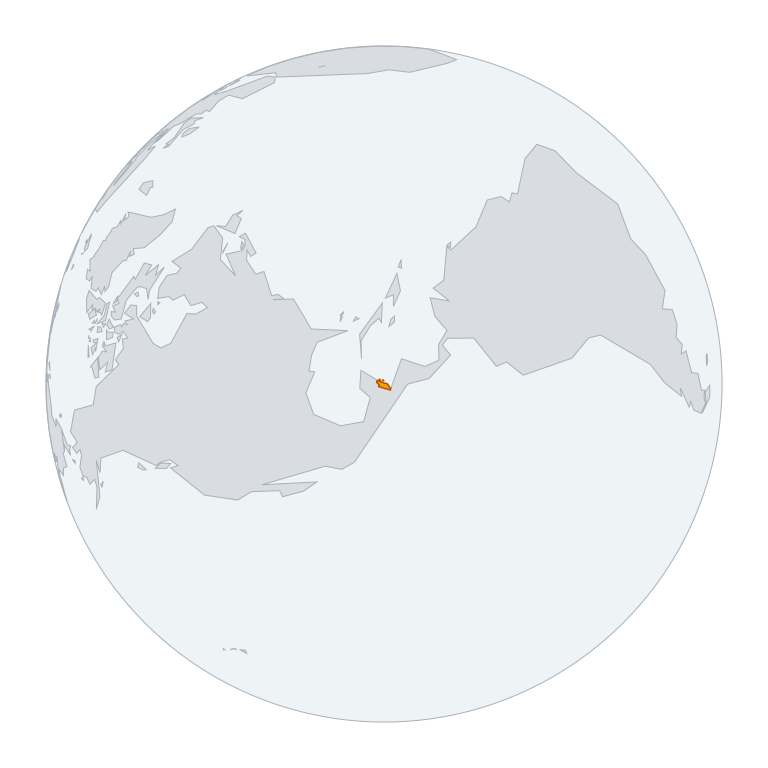 the Earth from above Belize, rotated 284°
{"feature_id": "BLZ", "entity_name": "Belize", "entity_type": "country or territory", "adm_level": 0, "iso_a3": "BLZ", "parent_name": "North America", "parent_adm1": "", "projection": "orthographic", "projection_center": [-88.465, 17.185], "detail": "fine", "context": "on_globe", "style": "filled", "palette": "amber", "viewbox_px": 768, "rotation_deg": 284, "n_neighbors": 0, "source": "natural_earth", "source_scale": "50m", "svg_char_len": 9520}
<svg xmlns="http://www.w3.org/2000/svg" viewBox="0 0 768 768"><g transform="rotate(284 384 384)"><circle cx="384" cy="384" r="338" fill="#eef3f6" stroke="#a8b0b8"/><path d="M443.7,434.5L435.7,431.3L428.2,441.6L400.3,426.5L389.6,406.9L300.8,374.2L291.0,363.6L290.0,346.8L256.7,289.9L272.8,342.6L260.6,331.9L250.1,312.9L255.3,308.6L247.4,281.3L236.0,270.2L232.8,236.8L250.9,197.1L255.0,203.8L258.8,194.4L253.9,185.9L249.8,182.7L256.5,146.7L243.6,127.2L229.3,129.9L240.4,123.3L206.4,135.5L192.9,135.2L214.5,130.5L221.6,126.3L215.5,123.0L221.5,118.2L222.0,114.2L229.6,109.1L241.7,107.8L246.9,104.8L242.3,102.8L247.0,97.2L253.0,100.5L262.0,91.4L283.8,90.0L293.5,106.9L311.9,105.4L338.7,122.0L342.5,117.5L355.1,122.4L364.3,119.5L366.6,124.4L371.9,118.0L368.0,114.1L369.0,110.3L374.0,108.5L377.9,114.1L375.9,115.8L379.7,116.6L379.5,120.3L382.4,117.4L386.5,125.1L390.0,115.2L399.5,119.3L400.2,125.1L390.3,127.5L367.5,150.2L365.1,158.6L371.7,167.1L404.8,175.8L406.3,184.6L415.5,194.2L419.2,187.5L413.3,177.7L422.5,168.6L414.2,158.8L416.8,154.0L412.2,143.7L423.5,142.5L436.9,147.2L441.2,156.0L447.3,158.8L451.7,148.7L468.1,164.7L493.2,175.5L496.3,180.6L486.9,192.0L465.2,195.1L453.0,213.8L471.7,199.3L479.0,213.9L484.8,215.8L490.6,214.2L492.0,208.0L496.8,213.0L480.1,228.2L475.5,223.8L480.8,218.7L470.7,220.8L459.5,232.9L464.1,240.3L442.4,253.7L445.4,259.6L442.4,266.4L439.0,255.9L444.6,275.5L419.8,300.1L427.0,336.0L408.3,309.1L394.5,306.7L378.2,308.1L379.1,313.9L356.5,310.3L337.5,323.1L332.9,351.8L342.6,373.5L367.6,373.9L374.0,361.5L391.7,358.3L381.4,391.7L412.7,394.9L410.9,419.5L420.4,431.6L435.5,427.4L451.3,432.2L461.7,417.2L478.9,407.9L480.3,427.5L488.9,408.5L499.1,416.9L532.6,411.7L530.3,416.6L558.7,435.2L587.5,439.7L594.2,452.3L591.0,461.7L600.5,462.0L600.6,467.6L636.7,466.3L653.5,474.2L651.7,493.4L635.4,519.7L615.2,567.2L584.4,588.4L572.9,606.4L542.6,634.1L524.4,635.8L525.9,645.8L512.8,653.9L499.9,656.2L494.6,663.8L485.0,665.2L489.2,669.0L469.5,679.7L470.2,686.0L454.8,693.6L455.7,696.8L451.3,697.1L445.7,698.9L443.8,700.8L432.3,698.7L433.7,690.7L441.1,685.9L435.5,685.6L451.7,672.6L444.1,675.6L453.1,655.9L467.5,637.7L483.9,582.3L478.3,571.5L454.5,560.0L426.2,517.0L435.0,497.6L428.3,488.9L450.3,460.0L443.7,434.5ZM89.3,315.9L91.4,308.2L92.2,314.0L89.3,315.9ZM91.2,302.9L90.8,305.7L90.8,303.3L91.2,302.9ZM90.3,300.8L91.0,302.4L89.9,301.4L90.3,300.8ZM88.8,299.0L89.7,299.7L89.5,299.9L88.8,299.0ZM426.4,348.3L462.2,362.8L443.1,366.6L446.5,363.1L437.2,356.7L420.2,351.3L403.1,356.1L426.4,348.3ZM87.5,293.8L87.3,292.3L88.4,292.2L87.5,293.8ZM439.8,327.3L433.7,326.4L439.5,325.8L439.8,327.3ZM246.9,182.4L253.2,186.4L255.4,196.3L249.5,193.4L246.9,182.4ZM243.6,165.1L248.2,165.0L243.4,174.0L242.3,171.2L243.6,165.1ZM217.7,133.5L221.7,135.2L215.8,135.3L217.7,133.5ZM220.7,114.5L217.7,115.8L219.2,113.3L220.7,114.5ZM406.3,145.3L409.2,144.6L408.6,146.8L406.3,145.3ZM401.7,141.8L398.8,145.0L396.2,143.8L398.0,141.8L401.7,141.8ZM232.3,103.5L235.7,99.6L234.4,103.2L232.3,103.5ZM405.8,138.2L391.9,141.4L387.3,139.5L390.3,130.7L405.8,138.2ZM239.1,97.1L247.2,88.7L241.1,90.3L262.7,81.7L248.7,91.2L248.0,95.2L244.3,94.7L239.1,97.1ZM364.6,113.8L368.9,117.7L360.6,116.3L364.6,113.8ZM359.0,113.9L332.0,116.7L328.1,110.7L337.9,110.6L329.0,104.8L340.4,100.4L347.8,102.6L348.1,107.2L352.2,102.1L359.0,113.9ZM273.4,78.8L277.1,77.0L275.5,78.8L273.4,78.8ZM368.7,108.7L363.6,109.5L359.8,104.2L369.4,101.6L367.5,104.1L368.7,108.7ZM321.2,105.8L320.0,101.9L328.9,97.0L329.6,95.0L340.3,99.8L321.2,105.8ZM370.9,104.4L374.3,100.6L380.6,101.6L373.5,107.6L370.9,104.4ZM354.9,104.0L353.5,101.5L357.4,102.0L354.9,104.0ZM405.1,104.4L399.1,104.8L396.6,101.9L405.1,104.4ZM375.1,99.2L372.9,98.9L371.2,98.0L374.7,95.8L375.1,99.2ZM345.8,96.3L349.7,95.4L341.9,94.1L348.2,90.9L354.2,94.9L354.3,91.9L356.2,91.0L358.9,95.4L345.8,96.3ZM373.2,91.2L382.9,96.1L394.6,95.6L397.2,98.0L377.9,98.5L373.2,91.2ZM364.6,93.2L370.5,92.4L370.6,95.4L366.7,97.8L364.6,93.2ZM350.4,87.6L339.1,91.3L338.2,90.4L350.4,87.6ZM376.6,90.3L374.1,89.3L377.4,89.9L376.6,90.3ZM358.4,87.6L354.5,88.9L353.6,87.8L358.4,87.6ZM372.5,86.2L375.6,87.6L373.1,89.2L372.5,86.2ZM366.0,86.3L365.6,84.5L370.2,88.8L364.4,87.0L366.0,86.3ZM358.1,86.3L356.3,86.1L359.9,85.9L358.1,86.3ZM380.5,80.1L386.9,85.2L381.2,88.3L375.7,82.8L380.5,80.1ZM450.3,703.3L432.7,699.8L443.1,701.3L453.6,697.6L461.6,700.4L450.3,703.3ZM479.6,692.7L489.8,689.6L491.3,690.2L484.6,692.6L479.6,692.7ZM622.0,144.2L615.0,138.8L622.2,145.6L629.2,151.5L639.6,162.9L635.1,157.9L623.6,149.1L630.7,161.5L654.5,196.3L655.6,204.2L649.9,204.8L626.6,177.6L626.7,163.3L618.4,155.0L605.8,148.6L606.9,145.3L601.8,141.4L600.6,136.5L586.6,122.5L583.5,117.6L566.1,106.3L562.2,102.7L573.6,110.1L579.9,113.2L570.8,103.3L565.6,99.7L555.0,93.6L553.8,92.3L544.7,87.7L533.6,81.2L539.5,85.9L527.2,80.5L514.1,74.2L511.1,73.6L532.5,84.2L540.1,87.9L545.0,89.4L566.6,102.2L572.3,107.2L553.6,98.1L559.7,104.7L542.5,96.2L495.1,70.5L481.4,64.0L483.9,61.5L494.0,64.7L498.1,66.9L505.3,68.7L499.4,66.6L498.5,66.1L486.5,62.1L485.2,61.6L475.9,59.1L473.0,58.1L478.9,59.7L458.7,54.4L457.7,54.2L480.7,60.2L503.1,67.8L525.0,76.9L546.2,87.6L566.6,99.7L586.1,113.2L604.6,128.0L622.0,144.2ZM429.2,49.1L420.3,48.1L417.2,47.7L418.5,47.8L429.2,49.1ZM416.0,47.6L413.0,47.3L412.8,47.3L416.0,47.6ZM402.3,46.6L402.2,46.6L368.0,47.8L352.3,48.4L355.7,47.5L328.6,51.3L312.9,53.9L315.3,53.7L303.8,56.8L308.6,55.9L308.9,56.2L281.7,66.5L272.9,69.4L263.9,75.7L265.1,75.9L271.1,73.9L262.7,81.7L241.1,90.3L239.5,89.3L227.1,96.3L225.1,93.4L217.7,95.0L222.7,89.3L216.4,91.9L212.2,94.5L200.5,100.9L193.4,105.0L204.1,97.9L217.0,90.3L235.1,84.0L229.3,85.0L236.1,81.7L237.3,80.4L232.8,82.0L228.9,84.0L236.4,80.0L258.8,70.1L281.8,61.9L305.3,55.4L329.3,50.5L353.5,47.5L377.9,46.1L402.3,46.6ZM719.7,345.4L719.8,346.8L716.3,375.9L710.6,368.1L692.7,333.6L690.0,312.5L681.3,293.1L655.9,205.9L659.7,203.3L650.0,177.1L650.5,176.9L661.5,191.8L662.4,192.4L677.0,215.7L689.7,240.1L700.4,265.4L709.0,291.5L715.5,318.2L719.7,345.4ZM675.3,243.8L678.6,249.8L675.3,243.8ZM533.6,411.3L537.8,414.5L532.5,415.4L533.6,411.3ZM441.0,375.0L448.3,374.9L452.3,377.7L446.8,379.1L441.0,375.0ZM500.7,369.6L508.8,370.4L500.7,373.0L500.7,369.6ZM467.7,364.6L494.3,369.8L478.5,377.4L461.6,374.4L472.9,371.5L467.7,364.6ZM437.7,339.1L442.3,340.3L441.4,344.0L437.7,339.1ZM444.1,327.0L442.3,327.5L439.8,324.6L444.1,327.0ZM480.0,213.0L481.5,212.0L487.7,211.6L485.4,214.5L480.0,213.0ZM511.4,196.5L518.3,205.1L511.8,200.5L510.0,205.5L494.0,203.0L497.0,183.1L498.5,192.2L511.4,196.5ZM473.4,195.4L483.3,198.4L472.4,196.0L473.4,195.4ZM574.8,128.2L578.4,128.3L584.9,133.5L588.7,142.5L579.4,134.7L574.8,128.2ZM582.1,127.5L562.5,117.5L559.3,112.5L564.4,116.8L564.3,114.4L572.5,121.0L588.6,126.9L595.3,132.2L598.7,144.3L593.9,137.0L590.6,136.9L582.1,127.5ZM518.1,109.9L509.6,108.0L513.7,99.1L521.2,102.1L525.5,110.5L519.2,112.0L518.1,109.9ZM413.7,123.1L410.2,124.7L409.1,122.9L411.2,120.1L413.7,123.1ZM402.5,104.8L428.0,115.2L425.3,117.3L443.5,122.2L443.3,129.8L431.5,126.1L445.1,136.3L434.3,136.1L444.3,142.6L418.1,133.7L409.0,134.7L419.2,130.5L419.6,123.3L417.0,120.5L402.9,113.7L383.6,113.3L380.9,107.0L384.1,102.7L388.3,101.8L388.8,106.0L394.1,101.8L398.0,107.3L402.5,104.8ZM423.6,68.6L422.3,71.6L433.7,68.5L437.6,72.2L438.7,71.6L445.4,74.4L455.5,77.2L455.8,79.0L459.6,79.4L464.2,81.6L469.4,82.9L471.9,86.9L478.6,89.0L475.9,89.8L486.8,92.4L479.8,92.4L485.0,96.0L489.0,94.1L489.4,117.7L494.9,129.2L503.3,139.3L490.2,139.2L474.0,130.3L458.2,118.3L454.7,107.9L449.5,110.3L446.2,106.2L451.8,106.1L441.4,104.0L440.2,100.8L426.1,93.1L411.8,93.3L406.3,90.9L411.3,89.2L402.3,88.1L408.1,83.6L404.3,82.0L406.1,76.5L418.0,75.0L412.8,73.4L414.0,69.7L423.6,68.6ZM381.4,78.4L394.7,74.7L403.4,75.3L396.5,84.9L399.2,87.0L395.1,94.1L382.6,93.5L384.9,91.4L384.3,89.3L388.4,90.3L384.6,87.9L387.7,85.2L385.5,82.7L390.5,82.1L381.4,78.4ZM647.4,172.4L644.9,169.6L644.1,168.5L641.6,165.3L643.4,167.4L647.4,172.4ZM637.5,163.7L635.9,161.3L643.3,169.1L644.1,170.8L637.5,163.7ZM628.8,153.8L635.3,160.6L632.2,157.9L628.8,153.8ZM571.5,107.9L569.1,105.5L571.3,106.7L575.5,109.7L571.5,107.9ZM458.3,63.6L456.2,64.3L453.9,63.7L444.0,63.6L440.3,61.4L444.8,60.6L458.3,63.6ZM452.6,61.1L448.9,61.2L449.4,60.1L452.6,61.1ZM437.1,59.9L436.5,58.5L438.7,61.2L437.1,59.9ZM415.9,48.6L433.9,50.6L444.3,51.9L446.4,51.9L451.2,53.4L435.0,51.2L415.9,48.6ZM374.3,47.6L372.6,48.6L368.2,48.4L368.0,48.2L374.3,47.6ZM376.9,48.0L384.4,49.0L380.1,49.8L375.0,48.8L376.9,48.0ZM419.1,53.1L424.7,53.6L424.2,54.3L419.1,53.1ZM274.7,77.0L276.9,77.0L273.1,78.2L274.7,77.0ZM311.8,55.7L311.5,56.2L307.0,57.2L311.8,55.7ZM308.3,58.7L313.5,57.1L309.3,58.9L308.3,58.7ZM325.0,54.0L316.2,56.6L322.7,54.0L325.0,54.0Z" fill="#d9dde1" stroke="#a8b0b8" stroke-width="1"/><path d="M380.1,380.3L380.1,379.8L380.2,379.4L380.7,379.2L381.3,379.5L381.6,379.7L381.8,379.6L382.1,379.4L382.4,378.8L383.3,377.5L383.7,376.6L384.0,376.4L384.5,376.4L384.9,376.4L384.6,377.1L384.9,377.2L385.2,377.1L385.9,377.1L386.1,377.9L386.1,378.5L385.4,380.1L385.4,380.7L385.1,381.5L385.5,382.0L385.1,382.8L385.0,383.2L385.0,384.0L385.1,385.3L384.9,387.3L384.3,388.1L384.0,388.4L383.4,389.3L382.7,389.5L381.7,390.9L381.5,391.2L381.6,391.6L381.3,391.6L380.3,391.6L379.6,391.6L379.7,390.1L379.8,387.9L379.8,386.2L379.9,384.6L380.0,383.4L380.0,381.7L380.1,380.3ZM386.9,379.6L386.6,379.7L386.8,379.4L386.9,379.2L387.2,378.3L387.4,378.3L387.5,378.4L386.9,379.6ZM387.4,382.6L387.0,383.4L387.0,383.2L387.2,382.6L387.4,382.4L387.6,382.1L387.6,381.9L387.8,382.0L387.7,382.3L387.4,382.6Z" fill="#f59e0b" stroke="#b45309" stroke-width="1.5"/></g></svg>